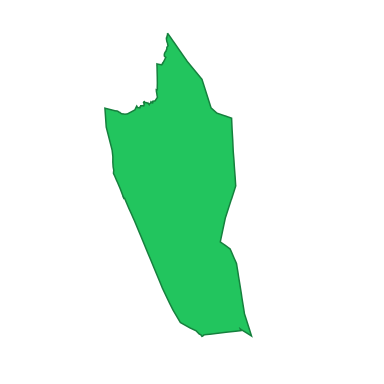 the district of Haaksbergen, Overijssel, Netherlands, rotated 67°
{"feature_id": "6326949B27790410949004", "entity_name": "Haaksbergen", "entity_type": "district", "adm_level": 2, "iso_a3": "NLD", "parent_name": "Netherlands", "parent_adm1": "Overijssel", "projection": "equal_earth", "projection_center": [6.729, 52.162], "detail": "fine", "context": "isolated", "style": "filled", "palette": "green", "viewbox_px": 384, "rotation_deg": 67, "n_neighbors": 0, "source": "geoboundaries", "source_scale": "gbopen_adm2", "svg_char_len": 4656}
<svg xmlns="http://www.w3.org/2000/svg" viewBox="0 0 384 384"><g transform="rotate(67 192 192)"><path d="M203.4,149.3L202.9,149.2L195.8,146.7L184.6,142.9L179.2,141.0L170.5,138.1L160.6,134.4L150.2,130.7L139.5,126.7L129.1,138.3L122.0,141.6L92.2,138.8L74.6,144.0L71.8,144.8L70.9,145.1L69.9,145.4L69.5,145.5L68.7,145.6L62.6,146.9L58.2,147.8L57.4,148.0L47.6,150.0L45.5,150.5L42.0,151.2L37.0,152.3L36.2,152.5L36.3,152.5L37.2,152.9L37.5,153.0L37.8,153.2L37.9,153.3L38.2,153.4L38.5,153.7L38.6,153.9L38.7,154.0L38.8,154.2L39.5,154.5L39.8,154.7L40.1,154.8L40.0,155.0L40.1,155.3L40.3,155.4L40.5,155.5L41.0,155.7L41.4,155.8L42.5,156.1L43.1,156.2L43.4,156.3L44.2,156.4L45.5,156.4L45.8,156.5L46.0,156.5L46.8,156.8L47.6,156.8L48.0,156.9L48.1,157.1L48.2,157.3L48.4,157.5L48.5,157.8L48.6,158.0L48.9,158.4L49.1,158.6L49.5,158.9L49.7,159.0L50.0,159.1L50.3,159.2L50.6,159.3L50.9,159.6L51.1,159.8L51.2,160.0L51.3,160.2L51.3,160.3L52.0,160.8L52.2,161.0L52.3,161.0L52.5,161.6L52.6,161.8L52.8,162.1L53.4,162.8L53.5,162.9L53.6,163.0L53.8,163.2L54.1,163.4L54.4,163.6L54.7,163.8L55.1,164.0L55.4,164.1L55.7,164.2L56.0,164.3L56.3,164.3L56.4,164.2L56.6,164.1L56.9,164.0L57.0,164.0L57.1,163.9L57.3,163.8L57.4,163.7L57.5,163.6L57.8,163.5L58.2,164.0L60.0,166.0L61.1,167.4L62.2,168.7L62.0,168.8L62.2,169.0L62.5,169.4L62.5,169.5L62.9,170.0L63.1,170.2L63.0,170.4L62.3,171.4L61.8,172.2L60.6,174.0L60.4,174.2L60.8,174.4L61.3,174.6L62.0,174.9L62.6,175.1L62.9,175.2L63.9,175.6L65.2,176.1L65.9,176.4L70.2,178.1L71.7,178.7L72.5,179.0L76.1,180.5L77.1,180.9L78.1,181.3L81.2,182.7L83.0,183.5L83.4,183.5L83.5,183.6L83.7,183.8L84.3,184.2L84.5,184.4L84.3,184.5L83.9,184.9L85.9,185.6L86.1,185.6L87.0,185.8L87.8,186.0L88.6,186.2L88.9,186.3L89.2,186.4L89.8,186.5L91.3,186.8L93.7,190.4L93.6,191.0L93.5,191.4L93.4,191.5L93.3,192.0L93.2,192.7L93.1,192.9L93.1,193.0L93.2,193.4L93.3,193.5L93.4,193.4L93.5,193.4L93.6,193.1L94.1,193.1L94.3,193.2L94.4,193.3L94.5,193.3L94.5,193.5L94.4,193.5L94.2,193.8L94.0,194.0L94.0,194.3L93.9,194.4L93.8,194.5L93.6,194.7L93.5,194.8L93.5,195.0L93.4,195.0L93.5,195.1L93.9,195.4L94.0,195.4L94.1,195.7L94.2,196.7L94.3,196.9L94.4,197.1L94.7,197.2L94.8,197.3L93.0,197.8L92.9,197.8L93.0,198.0L92.7,198.3L92.2,198.9L92.1,199.0L91.9,199.1L91.7,199.4L91.6,199.6L91.3,200.1L91.3,200.4L91.3,200.7L91.1,200.8L90.8,200.8L90.7,200.8L90.6,200.7L90.4,200.5L90.2,200.5L90.2,200.8L90.3,200.8L90.4,201.2L90.5,201.4L90.6,201.5L90.7,201.4L90.7,201.5L90.9,201.5L91.2,201.6L91.3,201.6L91.6,201.6L92.0,201.7L92.3,201.7L92.5,201.7L92.8,201.8L93.8,202.7L93.4,203.0L93.6,203.4L93.4,203.7L93.2,203.9L93.1,204.0L92.6,205.5L93.1,205.7L93.2,205.9L93.2,206.4L93.3,206.5L93.5,206.6L93.9,206.8L94.1,206.9L93.8,207.7L93.4,208.4L93.0,209.1L92.9,209.3L92.4,209.3L92.0,209.2L91.3,209.3L92.2,210.4L92.4,210.6L94.0,212.4L94.1,212.5L94.2,212.9L94.2,213.5L94.3,214.4L94.8,220.0L94.9,220.7L94.3,223.0L93.8,224.0L93.6,224.3L93.3,224.7L93.1,225.0L92.8,225.8L92.5,226.1L91.9,226.7L91.7,226.8L91.4,226.9L90.9,227.2L90.6,227.4L90.4,227.4L90.3,227.6L90.2,227.7L89.9,228.0L89.6,228.3L89.3,228.4L89.2,228.4L89.1,228.5L88.6,228.8L88.5,229.0L88.4,229.0L88.1,229.5L87.8,229.9L87.3,230.9L81.9,238.0L81.4,238.7L81.1,239.0L80.8,239.4L98.8,245.6L122.4,249.2L128.7,251.1L133.8,253.3L134.7,253.6L137.8,254.7L138.2,254.8L138.5,254.9L139.5,255.1L140.4,255.3L141.4,255.5L142.6,256.2L143.0,256.4L144.1,257.0L145.6,257.0L146.2,256.9L146.7,256.9L149.0,256.9L152.1,256.9L153.8,256.8L161.1,256.8L168.3,257.1L169.4,257.1L169.4,257.3L170.8,257.2L171.4,257.2L171.4,256.5L175.1,256.5L175.8,256.5L179.1,256.5L182.5,256.5L185.6,256.4L190.2,256.3L192.1,256.3L196.1,256.2L209.0,256.3L210.4,256.3L213.0,256.3L230.8,256.5L238.1,256.5L247.1,256.6L262.6,256.7L269.1,256.8L285.4,256.1L293.2,255.6L307.6,253.7L316.4,246.9L321.3,242.5L325.7,240.8L325.9,240.4L326.5,240.0L326.9,239.6L327.0,239.6L327.9,239.5L328.7,239.2L328.8,239.2L328.8,238.9L328.8,238.6L328.8,238.4L328.7,238.3L328.6,237.9L328.4,237.4L328.3,237.2L328.3,236.7L328.6,235.2L330.2,230.2L331.5,225.6L334.5,215.1L337.3,206.0L338.7,201.2L336.9,201.1L338.1,200.4L338.6,200.0L339.0,199.7L340.5,198.6L344.6,195.7L346.2,194.6L346.9,194.1L347.5,193.7L347.8,193.5L341.9,192.9L341.0,192.8L336.5,192.4L330.2,191.8L324.5,191.3L322.7,190.8L321.8,190.6L321.1,190.4L318.7,189.8L308.9,187.4L305.6,186.5L293.9,183.6L287.3,182.0L286.2,181.7L285.1,181.4L284.4,181.3L284.0,181.1L283.3,181.0L283.1,180.9L279.3,180.0L275.3,179.0L274.5,179.0L272.7,179.0L269.6,179.1L266.3,179.1L264.7,179.1L261.7,179.1L259.2,179.2L257.1,180.5L255.3,181.5L249.0,185.5L228.7,171.3L227.6,170.3L227.5,170.2L224.7,167.8L214.4,158.9L214.0,158.4L208.3,153.5L208.2,153.4L203.4,149.3Z" fill="#22c55e" stroke="#15803d" stroke-width="1.5"/></g></svg>